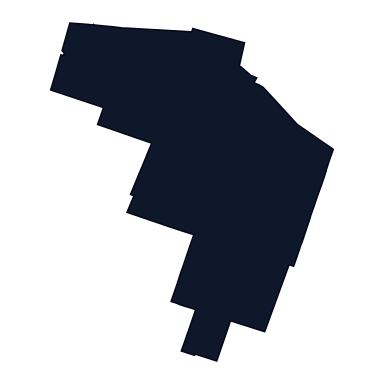 outline of Milosesti, Ialomita, Romania
{"feature_id": "2599482B31201571212369", "entity_name": "Milosesti", "entity_type": "district", "adm_level": 2, "iso_a3": "ROU", "parent_name": "Romania", "parent_adm1": "Ialomita", "projection": "robinson", "projection_center": [27.204, 44.736], "detail": "fine", "context": "isolated", "style": "filled", "palette": "ink", "viewbox_px": 384, "rotation_deg": 0, "n_neighbors": 0, "source": "geoboundaries", "source_scale": "gbopen_adm2", "svg_char_len": 2055}
<svg xmlns="http://www.w3.org/2000/svg" viewBox="0 0 384 384"><path d="M264.7,331.7L289.1,264.7L293.6,266.2L294.8,263.0L295.9,259.8L297.4,255.4L298.1,253.2L299.1,250.4L299.8,248.3L300.3,246.7L300.9,245.1L302.4,241.2L303.6,237.7L304.3,235.4L305.6,231.6L306.2,229.8L307.2,226.6L309.0,221.6L311.0,214.8L313.9,206.8L316.2,199.9L316.9,197.7L322.2,183.0L322.8,181.2L324.5,176.2L325.9,171.8L326.2,171.0L326.0,170.9L327.1,167.4L329.3,160.6L329.9,159.0L331.4,154.7L332.5,151.5L333.1,149.8L333.3,149.3L332.0,148.4L318.4,139.1L297.1,124.3L277.1,102.4L263.0,87.2L260.6,85.8L259.9,85.3L258.8,84.7L258.5,84.6L257.4,84.2L256.1,83.7L255.9,83.6L255.0,83.2L254.0,82.7L254.4,82.0L256.7,77.9L250.6,75.2L240.9,66.8L239.3,66.2L244.5,42.8L244.4,42.8L233.6,39.8L201.7,31.0L192.8,28.5L191.9,31.3L191.7,31.7L191.7,31.8L184.6,31.4L160.0,30.0L142.2,29.0L125.5,28.0L124.0,28.1L121.9,27.9L117.3,27.3L114.8,27.0L111.1,26.6L105.0,26.0L102.8,25.8L96.0,25.1L94.3,24.9L94.0,24.9L93.9,24.8L93.9,25.0L91.2,24.7L85.7,24.2L82.0,23.9L77.9,23.6L76.2,23.5L74.5,23.4L73.4,23.3L69.9,23.0L69.1,25.6L66.7,34.1L65.2,39.5L62.9,47.6L62.6,48.6L62.4,49.5L62.4,50.0L62.1,50.7L64.2,53.0L63.5,55.6L60.9,54.8L56.5,70.2L52.6,83.5L50.7,89.8L50.7,90.0L71.4,96.9L103.5,107.6L97.6,124.5L151.7,143.2L146.4,155.9L146.4,156.1L141.2,168.7L138.9,174.1L137.6,177.2L136.8,179.2L134.8,184.0L131.3,192.6L130.5,194.4L130.5,194.5L131.9,195.0L134.0,195.6L129.5,206.3L127.3,211.6L127.0,212.4L134.3,214.8L168.8,226.6L180.7,230.5L182.4,231.1L193.8,234.7L188.6,249.7L182.9,266.7L182.8,267.0L180.9,272.1L177.1,284.0L176.9,284.5L175.7,288.1L175.2,289.4L172.8,296.5L171.3,300.9L171.1,301.5L171.8,301.7L173.7,302.3L176.4,303.1L177.2,303.5L178.4,304.0L178.9,304.2L179.3,304.5L179.9,304.7L181.5,305.2L183.9,306.0L185.6,306.5L188.0,307.2L195.7,309.6L195.6,309.8L190.7,324.2L184.1,343.2L184.0,343.4L181.3,351.0L194.5,355.3L194.9,354.0L195.8,354.3L216.7,361.0L218.9,354.8L219.0,354.4L223.5,341.3L225.4,335.7L227.1,330.7L230.4,320.9L230.5,320.8L243.6,325.0L258.1,329.6L264.7,331.7Z" fill="#0f172a" stroke="#020617" stroke-width="1.5"/></svg>